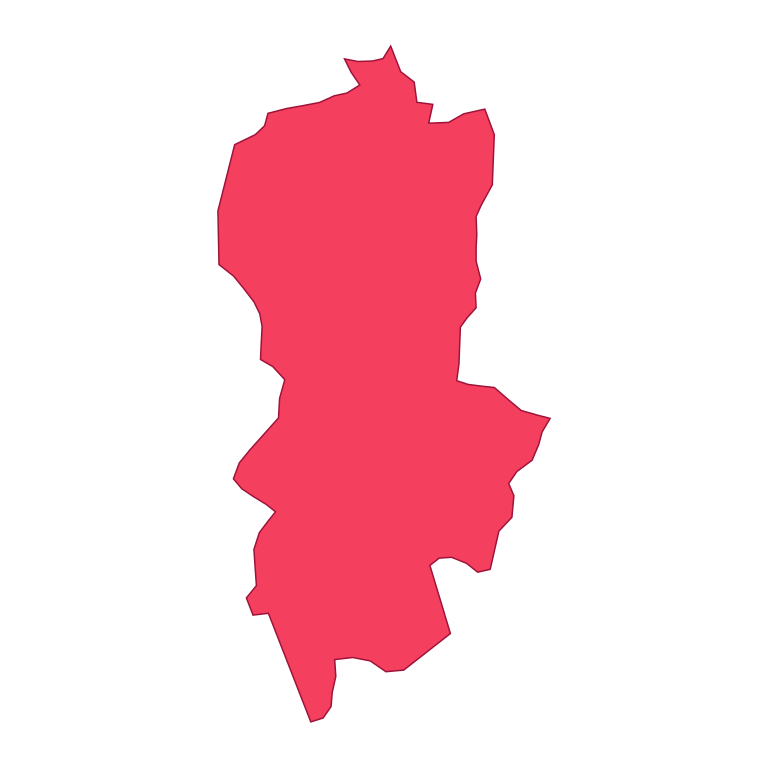 outline of Bom Princípio, Rio Grande do Sul, Brazil
{"feature_id": "56859067B75170256943646", "entity_name": "Bom Princípio", "entity_type": "district", "adm_level": 2, "iso_a3": "BRA", "parent_name": "Brazil", "parent_adm1": "Rio Grande do Sul", "projection": "mercator", "projection_center": [-51.361, -29.474], "detail": "fine", "context": "isolated", "style": "filled", "palette": "rose", "viewbox_px": 768, "rotation_deg": 0, "n_neighbors": 0, "source": "geoboundaries", "source_scale": "gbopen_adm2", "svg_char_len": 1321}
<svg xmlns="http://www.w3.org/2000/svg" viewBox="0 0 768 768"><path d="M484.8,109.1L463.8,113.8L448.6,122.4L428.7,123.2L432.8,104.4L416.9,102.3L414.2,82.1L400.7,71.7L390.7,46.1L383.0,58.6L372.5,61.0L357.9,61.5L344.5,58.9L351.1,72.2L359.8,85.0L346.8,93.1L334.5,95.7L319.4,102.5L302.6,105.7L286.7,108.5L268.0,113.3L264.6,125.8L255.2,134.7L234.7,144.6L217.9,211.0L219.0,264.6L233.6,276.1L244.5,289.5L253.9,301.8L259.8,313.8L262.1,326.6L261.2,343.9L260.5,359.5L272.8,366.6L284.8,379.7L279.6,398.3L278.5,417.9L249.8,450.0L239.3,462.9L233.4,478.8L241.8,488.8L253.9,496.9L266.4,504.5L275.5,511.8L268.0,521.2L259.3,532.7L253.9,549.5L255.2,568.3L256.4,585.6L246.4,597.9L253.0,615.1L268.4,613.3L310.8,721.9L323.1,718.0L331.1,706.5L332.2,692.6L335.8,676.4L334.7,659.6L352.7,657.5L370.2,660.9L385.9,671.7L403.7,670.1L450.4,633.5L429.9,565.4L439.2,558.1L451.5,557.3L466.5,563.3L477.7,572.2L490.2,569.3L498.9,531.1L511.9,517.3L513.9,495.8L508.7,483.5L516.9,471.5L532.1,460.2L538.7,444.6L542.1,432.0L550.1,418.4L536.9,415.0L521.2,410.5L508.2,399.6L494.3,387.5L482.0,386.2L467.9,384.4L456.7,380.7L459.0,363.5L459.7,344.1L460.4,327.1L467.2,317.7L476.1,307.8L475.4,293.1L480.7,279.0L476.1,261.2L476.1,247.9L476.8,234.6L476.1,216.5L481.3,205.0L492.3,184.9L494.3,134.7L484.8,109.1Z" fill="#f43f5e" stroke="#9f1239" stroke-width="1.5"/></svg>